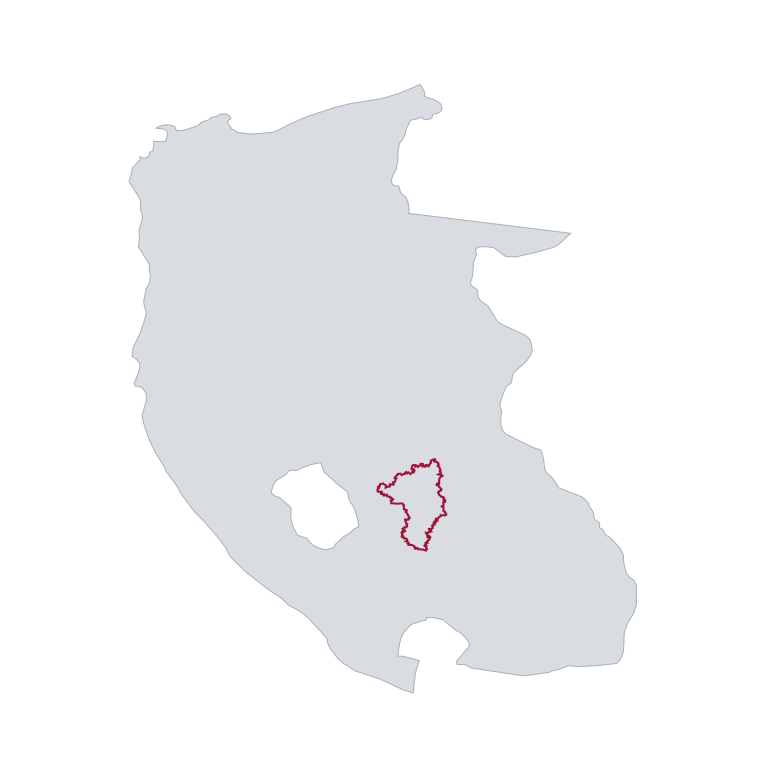 location of Fezile Dabi, Free State, South Africa, rotated 98°
{"feature_id": "47623444B21501715606105", "entity_name": "Fezile Dabi", "entity_type": "district", "adm_level": 2, "iso_a3": "ZAF", "parent_name": "South Africa", "parent_adm1": "Free State", "projection": "natural_earth1", "projection_center": [27.835, -27.476], "detail": "fine", "context": "in_parent", "style": "outline", "palette": "rose", "viewbox_px": 768, "rotation_deg": 98, "n_neighbors": 0, "source": "geoboundaries", "source_scale": "gbopen_adm2", "svg_char_len": 9708}
<svg xmlns="http://www.w3.org/2000/svg" viewBox="0 0 768 768"><g transform="rotate(98 384 384)"><path d="M547.9,106.2L567.8,103.3L576.7,105.0L587.4,109.7L597.5,111.4L614.5,109.7L620.3,110.4L624.9,112.1L628.3,114.6L633.1,133.4L637.1,153.6L637.0,160.1L637.6,162.6L642.3,171.1L644.1,176.4L646.8,180.8L652.9,202.3L653.6,206.0L653.1,258.1L650.6,264.4L651.6,272.5L648.7,273.6L632.0,263.1L629.0,263.5L624.3,267.4L619.8,273.5L617.8,278.7L609.2,292.8L608.5,301.7L609.2,309.3L612.0,309.6L614.0,315.1L618.5,323.8L626.3,329.4L633.4,332.0L643.5,332.6L651.4,332.4L651.0,326.6L653.0,310.7L666.2,312.7L685.8,312.1L684.3,322.4L677.0,345.8L672.2,372.2L666.2,385.4L662.9,390.9L653.3,400.6L648.3,403.8L644.1,404.9L627.7,424.5L621.6,434.0L616.1,447.8L610.8,455.3L602.8,471.5L589.0,495.3L577.4,510.9L572.2,515.4L568.7,517.5L559.5,526.6L546.6,541.2L536.7,554.1L521.9,568.8L513.4,575.2L500.6,587.9L497.1,589.7L482.7,601.5L472.3,608.6L455.6,616.9L449.0,619.2L433.1,617.0L426.5,618.2L421.0,623.2L420.5,630.4L418.2,631.4L403.6,628.1L397.6,628.7L394.2,632.5L391.4,637.4L383.0,637.6L368.1,632.6L350.6,629.5L346.6,629.2L338.1,632.9L335.2,633.5L322.8,632.7L316.0,630.3L309.4,630.3L304.4,632.2L298.3,632.9L282.1,646.4L273.7,646.4L266.4,648.0L253.4,646.2L249.5,647.0L245.7,649.4L236.9,650.4L233.5,652.4L218.9,664.7L212.8,663.4L205.0,663.3L196.1,656.7L192.8,657.2L193.6,655.2L193.8,651.7L190.6,648.2L187.2,648.4L185.3,645.4L180.0,645.1L175.7,646.0L174.6,634.7L172.5,633.5L167.2,633.3L164.7,633.7L163.5,634.7L162.2,637.3L162.4,645.3L160.5,643.0L158.2,638.2L157.4,633.2L158.0,627.2L161.9,624.9L160.6,617.3L154.0,604.2L150.2,601.4L147.0,594.7L144.0,592.2L142.6,587.5L139.6,583.8L138.5,577.8L140.0,574.4L142.5,572.5L145.1,575.5L148.3,574.3L152.7,570.0L155.3,563.5L155.2,553.0L154.3,546.5L150.2,529.6L148.4,525.7L139.9,513.6L130.0,497.5L117.3,471.9L111.1,456.6L101.6,425.7L93.4,408.1L83.5,391.8L82.2,390.7L83.6,388.7L88.6,385.0L90.9,383.9L92.1,384.4L93.3,383.4L94.4,380.8L95.1,375.0L97.3,369.0L99.4,366.4L103.9,364.7L107.3,366.9L108.8,369.2L109.5,372.1L111.0,373.5L113.5,373.4L115.2,375.3L116.3,379.0L116.2,381.7L114.8,383.4L115.1,385.6L116.9,388.3L119.0,394.3L128.3,397.4L133.5,397.8L138.5,399.3L143.2,402.0L150.8,402.7L161.4,401.3L170.1,401.9L177.0,404.5L182.0,405.0L185.1,403.4L186.3,401.0L185.9,397.8L187.4,395.9L190.8,395.0L193.5,392.7L195.5,388.8L200.3,385.7L207.8,383.3L211.6,383.3L208.8,220.1L222.5,231.3L225.7,236.5L232.5,251.8L239.6,270.7L240.8,279.8L240.6,281.7L233.8,294.1L233.7,300.2L234.6,307.4L236.3,310.9L238.3,312.1L243.1,310.3L250.5,312.3L264.6,311.4L271.7,312.4L273.5,311.8L275.0,310.3L276.8,306.0L278.5,304.5L285.0,302.7L287.9,300.2L292.5,291.7L306.4,280.3L307.9,277.6L316.4,250.3L319.1,246.4L323.0,243.9L330.7,241.8L335.2,242.9L340.1,245.3L345.7,249.3L354.0,256.7L356.8,257.8L365.1,258.1L370.2,263.0L385.7,266.3L390.1,266.1L394.9,263.5L402.8,263.6L411.3,261.7L416.5,256.9L426.3,227.1L427.4,220.6L428.5,218.8L436.6,215.4L446.4,212.8L448.4,211.4L454.6,203.1L462.6,196.3L468.2,172.4L471.9,166.8L474.1,164.4L475.6,164.4L477.6,162.9L480.3,160.0L483.5,158.2L487.2,157.5L489.6,155.6L490.7,152.4L492.6,150.8L495.3,150.9L496.8,149.9L497.2,147.8L503.3,142.7L503.4,140.6L506.9,135.6L513.7,127.6L520.0,123.1L526.0,122.2L537.1,118.1L541.1,114.3L543.6,109.1L547.9,106.2ZM528.9,457.9L538.6,453.9L545.8,448.6L547.5,438.9L553.0,432.9L555.1,427.4L556.6,419.7L553.4,411.7L548.9,409.4L540.7,402.5L537.1,397.8L532.2,393.8L528.7,389.1L523.0,390.7L514.3,394.4L508.8,397.9L504.3,402.1L496.0,405.1L488.4,418.2L485.9,421.2L479.9,430.8L471.3,435.5L471.1,437.2L474.0,445.1L478.0,452.9L482.2,459.2L482.0,463.2L483.4,466.2L487.2,468.3L493.6,476.3L496.7,478.8L506.4,480.7L507.8,480.2L510.4,475.5L510.8,472.2L517.2,461.9L520.0,458.7L528.9,457.9Z" fill="#d9dde1" stroke="#a8b0b8" stroke-width="1"/><path d="M451.3,323.5L452.8,325.9L452.6,325.9L453.3,327.0L455.5,326.5L455.9,327.3L457.3,327.3L458.0,328.6L459.3,328.3L459.3,328.8L458.9,329.1L458.8,330.6L458.3,330.8L458.5,331.3L459.2,331.0L459.4,331.6L460.0,331.4L460.2,332.1L459.5,332.3L459.8,332.8L459.5,332.9L459.8,333.6L460.1,334.3L459.3,334.2L457.8,334.4L457.9,336.7L459.6,336.4L460.0,338.2L461.2,338.7L460.6,339.1L461.4,341.7L460.5,341.8L460.6,341.5L460.4,341.5L460.4,341.9L459.9,341.7L460.3,343.9L460.7,344.4L462.3,344.9L463.2,344.8L464.4,345.0L464.8,344.4L464.2,342.6L464.9,342.1L466.1,342.1L466.1,341.8L467.1,342.1L466.5,343.6L467.0,343.7L467.6,343.2L467.7,343.8L469.6,345.4L468.1,347.4L469.2,348.4L467.9,349.7L469.1,350.6L469.7,350.3L470.1,350.7L469.6,351.2L470.7,352.1L471.8,353.9L470.5,354.8L470.9,357.0L471.1,356.9L471.8,358.4L472.5,358.2L474.2,359.8L474.9,359.5L474.8,360.3L475.4,360.4L475.3,359.3L475.6,359.2L475.6,359.8L475.9,359.1L476.1,359.0L476.1,358.8L476.9,359.5L477.8,359.2L479.8,359.9L479.8,360.5L480.1,361.5L482.2,360.3L482.5,360.8L482.4,363.3L482.9,363.5L482.7,364.2L483.8,363.9L483.9,364.4L484.7,364.3L484.6,364.9L485.0,365.1L485.0,365.5L486.4,368.0L484.0,367.9L483.2,370.3L482.6,370.8L483.1,371.7L483.4,373.9L485.4,373.9L485.6,374.3L485.8,374.3L486.0,375.0L486.3,375.0L486.3,375.4L486.7,375.4L486.8,374.3L487.5,374.4L487.6,375.3L487.8,375.5L488.4,375.1L489.9,375.9L490.9,374.8L491.3,375.1L491.7,374.4L491.5,374.0L490.9,371.1L492.1,370.9L492.7,371.8L493.3,371.6L493.1,370.5L493.3,370.5L493.3,369.8L493.0,368.9L494.5,368.8L494.3,367.6L493.1,365.9L494.9,365.1L494.6,363.4L495.4,362.6L494.9,362.6L495.4,361.3L495.7,361.5L496.1,360.1L496.7,359.7L496.7,359.4L496.9,359.0L497.1,359.2L497.2,359.5L497.6,359.3L497.9,359.4L498.1,359.7L498.0,360.2L498.3,360.4L498.4,360.8L498.8,361.1L499.2,360.3L501.1,360.3L500.8,356.8L500.7,353.9L499.9,350.9L499.8,348.7L501.4,348.0L501.4,347.2L502.8,347.4L503.8,347.1L505.3,346.9L505.4,346.5L505.1,346.0L506.0,344.7L506.3,344.7L506.0,343.9L507.8,343.9L508.0,344.4L509.6,342.5L510.6,341.9L510.8,342.0L511.5,341.0L511.9,341.0L512.7,340.2L512.9,340.9L513.5,341.0L513.7,340.6L514.1,341.0L514.2,340.6L515.0,341.0L515.2,344.3L516.2,344.0L516.2,343.6L516.6,343.2L517.1,343.5L518.5,342.7L518.7,342.4L519.2,342.4L519.5,341.7L520.1,342.2L520.5,342.1L520.9,341.5L521.5,341.3L522.2,341.6L523.2,342.5L523.0,342.9L523.0,343.6L522.9,343.8L523.6,344.2L524.6,345.4L525.0,344.7L525.1,344.9L526.0,344.6L526.0,343.5L526.2,343.0L526.6,342.7L527.0,343.9L527.5,344.3L527.7,343.8L528.6,345.0L527.9,345.6L528.5,345.8L528.8,346.0L530.6,344.7L530.6,345.1L533.1,345.5L532.8,345.3L533.1,344.9L533.2,343.9L532.9,343.1L533.2,342.6L534.2,342.5L534.1,340.3L534.7,339.4L535.8,339.5L536.5,340.2L536.3,338.9L537.6,338.7L537.7,338.2L538.2,338.5L538.5,337.0L538.9,336.9L539.7,337.5L539.9,336.7L539.5,334.2L540.3,331.6L541.3,331.3L541.3,330.5L541.4,330.3L541.8,330.1L542.7,330.4L542.8,329.9L541.9,329.3L542.4,328.5L541.9,328.4L541.8,328.0L542.5,326.9L542.7,326.3L542.8,326.3L542.5,325.4L542.8,323.7L542.5,322.4L543.2,319.3L541.4,318.5L540.9,319.4L540.2,319.5L539.7,319.3L539.2,319.7L538.7,319.4L538.4,319.9L538.8,320.2L538.8,320.7L538.9,321.0L538.5,321.5L538.2,321.3L537.8,320.2L537.4,319.9L536.7,320.7L536.2,320.5L535.7,320.7L535.4,319.4L535.0,320.1L534.3,319.7L534.4,319.2L534.1,319.0L533.6,318.7L533.2,319.0L532.9,318.9L532.0,317.5L531.8,317.4L531.5,317.8L530.9,317.7L529.5,316.7L529.2,316.8L529.1,317.2L528.7,317.5L528.1,318.5L528.5,318.8L529.1,318.4L529.8,318.6L529.9,318.8L529.5,319.7L528.8,319.3L528.2,319.2L528.2,319.8L527.6,319.9L527.2,320.5L526.7,320.4L526.5,320.6L526.4,321.2L526.2,321.5L525.4,321.8L525.5,321.3L525.9,321.2L526.0,320.7L525.3,320.0L525.2,319.6L524.3,319.2L524.6,318.5L524.5,318.2L523.7,317.6L523.4,316.6L523.1,316.9L523.3,317.2L523.1,317.6L523.2,318.0L522.4,317.2L522.1,317.1L521.9,317.3L522.4,318.0L521.7,319.1L521.2,319.4L521.0,319.1L521.6,318.4L520.5,316.7L520.5,316.1L520.2,315.8L519.5,315.9L518.8,315.8L517.7,316.6L517.5,316.0L517.9,315.7L517.4,315.5L517.2,316.0L516.9,316.2L516.4,315.6L516.1,315.1L516.1,314.7L515.4,315.1L515.4,314.5L515.0,313.9L514.5,313.6L514.1,314.3L514.2,314.7L514.6,315.1L514.1,315.4L513.7,314.9L513.2,314.9L512.6,314.0L512.6,313.1L512.3,312.3L512.1,312.0L511.7,312.0L511.4,312.2L512.0,313.0L512.1,313.7L512.0,314.0L511.4,313.7L511.0,313.9L510.2,313.9L510.0,313.3L510.2,313.0L510.2,312.4L510.0,311.9L508.6,311.4L508.2,310.9L507.7,310.6L507.4,309.9L507.1,309.7L506.3,309.7L506.8,309.1L506.0,308.6L505.8,307.6L505.5,307.0L505.8,305.3L504.9,304.2L504.7,304.1L503.6,304.4L503.4,305.2L503.0,305.7L501.8,306.0L501.9,306.5L501.4,307.6L500.2,307.5L499.5,307.8L497.8,307.8L497.3,308.1L497.2,308.4L497.2,309.2L497.4,309.7L497.3,309.9L496.9,309.8L496.5,309.3L496.2,308.6L495.7,308.2L494.8,308.4L494.3,308.3L493.8,308.7L493.5,308.8L492.6,308.6L492.2,308.7L492.1,308.4L492.4,307.8L492.2,307.0L491.4,307.0L491.3,307.3L490.8,307.2L489.9,307.6L489.9,307.9L490.4,308.5L490.4,308.8L489.9,309.1L489.4,308.8L488.7,309.3L488.1,309.1L487.7,309.3L487.6,309.7L488.0,310.4L487.7,311.1L487.8,311.6L486.9,312.1L486.5,313.7L485.1,314.4L484.2,315.5L483.7,315.4L483.1,314.4L482.6,314.6L482.5,314.0L481.5,313.2L481.5,312.7L481.2,312.4L480.1,312.4L479.7,313.0L479.6,313.5L478.9,314.0L478.6,314.8L477.8,315.2L477.4,316.1L476.9,316.4L476.7,317.2L476.8,317.8L476.5,318.0L475.9,317.8L475.3,317.4L475.7,316.6L475.7,315.7L475.4,315.5L475.0,315.5L474.6,316.0L474.2,316.3L473.1,315.6L472.4,315.8L472.1,316.1L471.6,315.9L470.4,316.1L470.0,316.0L469.4,315.8L467.3,314.4L467.0,314.0L467.1,313.3L466.7,313.1L466.2,313.8L466.0,314.7L466.2,316.9L466.0,317.7L465.6,317.1L465.5,316.4L465.1,316.0L464.5,315.9L464.1,315.3L463.7,315.4L463.4,316.2L462.3,316.8L461.9,316.6L462.0,315.9L461.8,315.8L461.2,316.3L460.3,316.5L459.7,317.3L458.4,317.7L457.9,319.2L457.6,319.6L457.1,319.5L456.9,318.8L456.5,318.5L455.5,319.0L454.9,319.0L454.7,320.0L453.9,320.5L453.5,321.3L454.0,322.4L453.7,323.6L452.3,323.2L451.9,322.8L451.5,322.9L451.3,323.5Z" fill="none" stroke="#9f1239" stroke-width="2"/></g></svg>